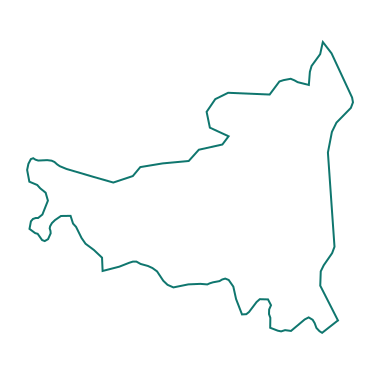 SVG path tracing the border of Saldus, rotated 268°
{"feature_id": "LVA-1068", "entity_name": "Saldus", "entity_type": "Municipality", "adm_level": 1, "iso_a3": "LVA", "parent_name": "Latvia", "parent_adm1": "", "projection": "orthographic", "projection_center": [22.32, 56.635], "detail": "fine", "context": "isolated", "style": "outline", "palette": "teal", "viewbox_px": 384, "rotation_deg": 268, "n_neighbors": 0, "source": "natural_earth", "source_scale": "10m", "svg_char_len": 1638}
<svg xmlns="http://www.w3.org/2000/svg" viewBox="0 0 384 384"><g transform="rotate(268 192 192)"><path d="M132.3,332.5L126.0,329.9L114.2,321.1L108.2,317.9L93.9,316.9L58.5,333.4L58.4,333.2L57.8,332.3L46.7,317.1L48.5,314.5L51.8,311.6L56.7,310.0L60.1,308.1L62.6,304.2L60.7,300.2L49.7,286.1L50.7,280.2L49.6,276.2L50.4,272.9L53.6,265.4L63.5,265.9L67.3,264.7L71.9,265.0L76.1,267.0L82.0,264.2L82.5,256.0L79.8,252.7L70.1,244.8L68.0,242.0L67.9,237.7L83.5,232.3L96.0,230.0L102.8,225.6L104.3,222.2L103.5,219.1L102.0,216.4L101.0,209.8L100.1,206.5L99.1,204.1L99.9,197.2L99.8,185.1L97.3,170.1L100.1,164.3L104.3,160.2L113.9,154.3L117.4,149.8L119.6,145.4L121.9,138.1L124.4,134.0L124.5,130.5L123.5,126.9L119.9,116.7L116.2,99.9L129.5,99.8L137.5,91.9L144.0,83.8L149.9,80.0L161.2,74.9L164.6,72.0L172.4,69.8L172.6,60.2L168.7,54.1L165.8,50.9L162.7,49.0L160.6,48.5L158.0,49.2L155.6,49.3L149.9,46.5L148.1,43.1L149.2,40.5L155.6,36.3L156.4,33.8L160.8,28.3L168.3,30.0L170.6,32.1L171.5,35.0L171.4,37.3L174.7,41.7L188.4,47.7L196.4,45.7L201.0,40.4L204.4,37.6L208.0,29.8L219.8,28.0L225.9,29.5L230.5,32.1L231.3,34.5L229.8,36.6L228.8,39.4L228.9,48.4L228.2,52.8L226.8,55.6L224.3,58.2L222.4,60.8L219.4,67.4L210.6,93.9L204.2,113.7L210.0,133.4L218.7,141.2L221.6,163.6L223.1,189.8L234.0,200.3L238.4,224.0L246.4,230.5L255.7,212.1L271.6,209.4L284.0,218.5L289.9,231.6L286.7,273.0L299.4,283.2L300.6,287.4L301.7,294.6L300.0,298.3L298.1,301.4L294.9,312.5L308.0,314.0L313.8,315.9L325.3,324.9L337.0,327.9L337.3,328.0L325.7,336.3L280.8,355.3L276.0,356.0L270.5,353.7L256.3,338.8L247.9,334.3L247.1,333.9L226.7,329.2L132.3,332.5Z" fill="none" stroke="#0f766e" stroke-width="2"/></g></svg>